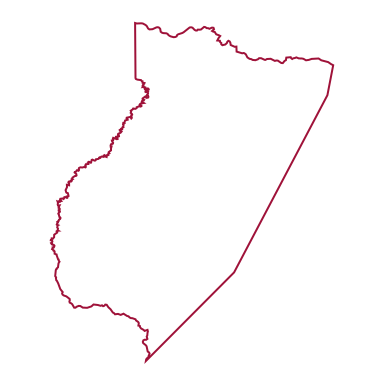 outline of Boca do Acre, Amazonas, Brazil, rotated 270°
{"feature_id": "56859067B47019915073182", "entity_name": "Boca do Acre", "entity_type": "district", "adm_level": 2, "iso_a3": "BRA", "parent_name": "Brazil", "parent_adm1": "Amazonas", "projection": "natural_earth1", "projection_center": [-67.972, -8.817], "detail": "fine", "context": "isolated", "style": "outline", "palette": "rose", "viewbox_px": 384, "rotation_deg": 270, "n_neighbors": 0, "source": "geoboundaries", "source_scale": "gbopen_adm2", "svg_char_len": 5897}
<svg xmlns="http://www.w3.org/2000/svg" viewBox="0 0 384 384"><g transform="rotate(270 192 192)"><path d="M111.6,234.1L288.8,327.4L318.8,333.2L319.8,331.2L321.9,328.2L323.7,321.3L325.5,318.6L325.1,311.7L324.1,308.8L323.7,306.0L325.2,303.4L325.5,301.9L325.6,298.8L326.6,296.3L326.0,294.9L325.7,293.3L325.0,292.2L325.9,291.1L326.8,290.7L326.4,286.3L323.8,285.9L323.1,284.6L320.9,282.8L321.0,281.3L323.4,277.8L323.5,276.3L323.1,274.9L325.2,270.7L325.0,267.0L324.1,265.4L324.2,264.6L325.8,261.1L325.8,259.6L325.8,259.1L324.7,257.9L323.8,255.4L324.1,252.5L324.8,251.5L325.2,249.5L326.6,247.4L329.7,245.8L330.8,244.3L331.0,243.6L330.7,242.2L332.4,236.6L337.4,236.4L337.2,234.7L339.0,230.7L341.4,230.3L342.6,229.6L343.2,228.4L342.2,227.3L341.0,226.9L339.5,225.3L338.8,222.4L339.7,221.3L341.0,221.3L341.8,220.2L343.2,219.9L343.5,217.3L345.7,218.4L348.0,220.2L348.7,219.0L349.7,216.2L352.1,214.7L352.3,213.3L353.0,212.1L354.8,214.0L356.2,213.5L356.4,212.0L355.2,209.4L355.8,208.2L355.9,206.6L356.8,205.5L357.1,204.1L354.5,201.0L354.3,199.5L354.4,197.8L353.5,197.0L353.5,195.8L354.1,194.6L356.3,192.5L356.7,191.1L356.5,189.6L351.8,183.7L351.0,182.3L349.7,178.2L348.9,177.1L347.6,176.6L347.0,175.3L346.8,173.7L347.6,170.7L348.2,169.5L349.0,168.4L350.1,167.6L350.7,166.3L350.9,163.2L351.4,161.8L352.3,160.7L355.1,160.2L356.3,159.2L356.8,157.9L356.6,156.4L354.8,152.5L354.6,149.4L355.5,148.1L357.9,146.8L359.0,145.6L360.5,142.8L360.7,141.4L360.5,136.8L361.0,135.1L306.0,135.5L305.1,135.8L304.4,137.3L303.9,141.0L302.7,141.9L302.7,142.5L301.2,142.6L301.0,144.5L300.3,144.3L299.5,143.2L298.2,142.6L297.8,143.5L297.0,142.9L297.1,143.6L296.8,144.0L296.6,145.2L295.8,145.1L295.4,144.6L294.9,144.8L295.6,147.0L295.4,148.3L294.8,148.7L293.8,147.5L293.9,146.0L292.2,145.4L291.9,145.8L292.2,147.9L291.6,147.6L290.9,148.1L290.1,147.9L289.7,147.3L288.7,146.8L288.2,148.1L287.2,148.4L286.5,148.2L286.1,146.7L286.3,146.2L287.5,146.0L287.6,145.4L285.5,142.6L284.5,142.9L284.1,144.1L283.6,143.8L283.7,143.1L283.5,142.3L282.3,141.8L281.0,143.8L280.6,141.1L280.1,140.2L279.1,139.5L278.5,139.5L278.4,141.4L277.8,141.4L277.4,140.5L277.7,139.3L276.8,136.7L276.0,136.7L275.3,135.7L275.1,135.1L275.5,133.7L275.4,133.1L274.9,133.1L273.3,130.8L272.8,131.2L271.1,130.7L270.1,131.9L269.3,132.2L268.9,131.9L268.7,131.3L267.6,131.1L266.8,131.8L265.9,131.7L265.5,131.3L267.1,130.4L266.3,126.7L265.7,126.5L265.2,126.8L265.2,127.4L264.3,127.7L263.5,125.1L261.7,124.5L261.1,124.6L261.1,123.3L259.9,123.1L259.9,123.7L257.6,123.3L257.2,122.9L256.8,123.3L255.6,121.6L255.3,122.2L254.7,122.2L254.0,119.7L253.3,119.8L252.4,121.5L251.3,120.6L250.2,118.2L249.0,117.9L248.5,118.2L248.5,118.9L247.7,119.0L247.4,118.3L247.2,115.9L246.7,115.8L245.6,117.5L245.0,117.6L244.8,116.8L246.2,113.2L245.5,112.9L244.4,113.3L243.7,113.1L243.5,111.9L242.4,112.2L241.2,113.1L240.6,113.0L240.2,112.7L239.8,111.1L238.7,110.6L237.3,110.7L237.4,111.5L235.5,111.0L233.6,111.0L231.9,108.7L231.4,108.6L230.6,109.3L230.0,108.2L229.6,108.2L229.2,107.5L228.8,107.9L228.5,107.0L228.1,106.7L227.0,106.6L227.4,105.5L228.4,105.1L228.9,104.6L228.5,103.8L227.3,104.0L227.1,103.3L227.5,102.1L227.4,101.4L226.7,100.6L226.8,99.9L226.5,99.4L226.0,99.7L225.9,99.0L225.5,98.9L225.1,98.4L224.7,95.9L223.7,95.6L223.4,95.1L223.4,94.4L224.4,92.4L224.1,91.7L221.4,91.1L221.3,90.4L222.1,89.4L222.2,88.7L221.8,88.2L221.5,88.7L221.0,88.4L220.0,88.4L219.8,85.9L218.7,85.3L218.3,85.7L217.0,85.8L216.6,85.5L217.0,84.1L216.5,82.3L216.7,80.5L216.1,79.1L214.4,78.5L214.1,79.0L213.6,78.9L213.2,78.4L213.7,76.9L212.0,75.6L212.0,74.8L211.5,74.6L210.0,76.3L208.5,76.5L208.1,76.0L207.9,74.7L206.4,72.5L205.4,72.1L204.9,72.6L204.7,71.9L204.3,72.2L203.0,71.5L203.4,71.1L203.1,70.6L202.6,71.0L202.3,70.2L202.4,68.8L201.8,68.4L201.2,68.4L200.5,69.1L198.7,69.1L199.2,66.9L196.8,67.0L193.9,65.6L191.7,66.2L191.2,66.6L190.9,67.8L188.8,68.4L188.0,68.5L187.6,67.0L186.8,67.5L186.2,67.3L186.2,66.5L186.9,66.2L186.9,64.4L185.3,63.9L185.0,63.4L185.6,63.0L185.2,60.3L184.6,60.1L183.0,61.3L182.9,60.7L182.5,60.4L182.8,59.8L182.2,59.7L182.0,59.0L182.5,58.4L182.0,58.2L182.3,57.6L181.1,58.0L179.7,57.7L178.5,58.0L178.0,58.4L178.5,58.9L178.6,59.6L176.6,58.6L176.1,58.6L175.9,59.3L175.0,59.8L173.9,58.6L173.3,58.7L173.2,59.6L172.8,59.9L172.2,59.9L171.3,58.8L170.3,58.3L170.0,58.8L168.0,59.1L166.3,60.3L166.1,59.8L165.4,60.2L165.0,60.1L164.2,58.9L163.0,58.6L162.9,58.1L162.3,57.8L161.8,57.9L161.8,57.3L161.2,57.5L159.5,56.8L158.9,58.0L158.6,57.3L157.7,57.5L156.6,57.2L155.4,58.0L153.7,57.6L153.3,58.3L153.2,57.2L152.8,56.7L152.3,57.2L151.5,57.2L149.3,54.2L146.8,54.1L146.4,53.6L145.5,53.2L145.3,52.4L145.5,51.8L145.0,51.8L144.3,50.9L143.8,50.8L143.7,52.0L142.7,52.4L142.0,52.2L141.5,51.6L141.1,51.8L140.8,51.1L139.7,51.8L139.7,52.5L139.1,53.0L139.1,53.7L138.8,54.1L138.1,54.5L137.0,53.7L136.8,53.1L136.4,53.5L135.9,52.5L134.9,52.1L134.6,52.8L133.3,53.5L133.4,54.0L132.6,54.6L130.3,54.6L129.5,56.6L128.9,56.6L124.7,58.1L124.5,58.6L123.4,58.7L122.3,59.5L120.7,58.5L116.7,58.0L115.6,56.8L115.0,56.7L114.8,56.2L113.9,55.8L107.9,55.2L106.6,56.1L106.0,55.9L103.7,56.3L103.2,56.9L100.6,58.2L94.9,60.3L91.9,62.7L90.7,62.1L89.5,62.5L88.6,63.6L87.6,66.4L85.1,69.6L83.8,69.8L82.6,69.4L81.4,69.7L80.7,71.1L79.8,72.2L76.3,74.2L76.3,75.5L77.2,76.5L78.1,78.7L78.0,80.3L76.4,82.8L76.2,87.2L77.6,91.4L79.5,93.5L79.0,97.9L78.2,100.6L78.7,102.0L77.8,103.1L78.3,104.4L79.4,105.3L79.2,106.7L76.7,108.4L74.8,110.5L71.5,112.8L70.8,114.1L69.7,115.0L70.1,118.0L69.1,120.7L70.3,123.5L68.0,127.1L67.7,128.5L66.6,129.5L65.9,130.9L65.8,132.4L64.7,135.5L63.6,136.0L62.0,138.2L60.9,138.8L58.4,138.4L58.1,139.8L56.8,140.1L55.6,141.0L54.1,143.6L53.1,144.6L54.1,147.5L52.6,147.9L51.1,147.5L48.6,147.3L47.4,146.7L45.1,147.4L44.2,146.1L44.3,144.7L43.7,143.4L42.1,142.8L40.9,143.2L38.8,145.8L37.7,146.6L32.5,147.7L31.5,149.1L30.3,149.6L28.0,148.6L26.7,148.4L26.0,147.3L24.7,146.2L23.0,145.9L111.6,234.1Z" fill="none" stroke="#9f1239" stroke-width="2"/></g></svg>